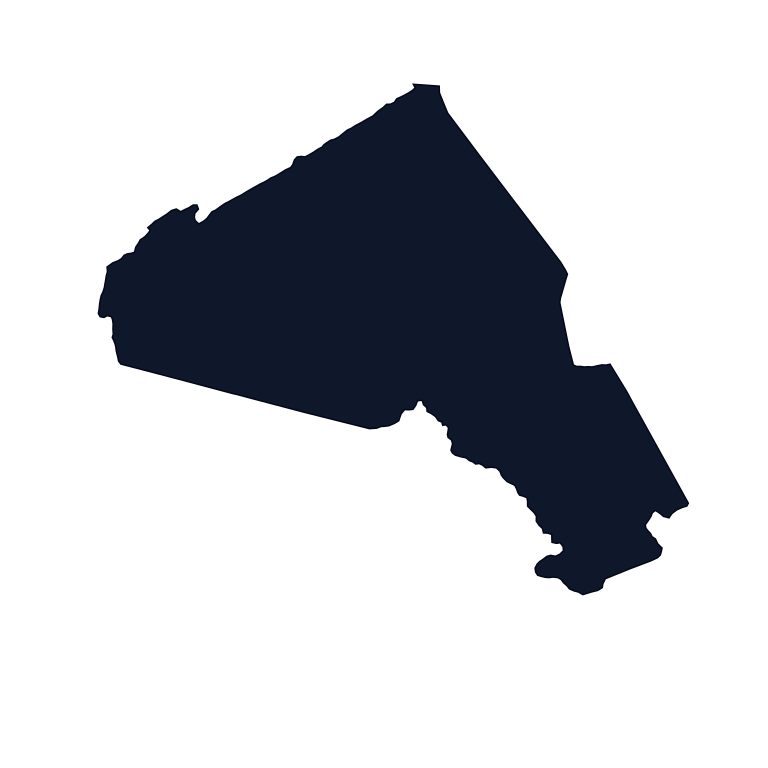 outline of Quijingue, Bahia, Brazil, rotated 69°
{"feature_id": "56859067B85508480609992", "entity_name": "Quijingue", "entity_type": "district", "adm_level": 2, "iso_a3": "BRA", "parent_name": "Brazil", "parent_adm1": "Bahia", "projection": "natural_earth1", "projection_center": [-39.021, -10.812], "detail": "fine", "context": "isolated", "style": "filled", "palette": "ink", "viewbox_px": 768, "rotation_deg": 69, "n_neighbors": 0, "source": "geoboundaries", "source_scale": "gbopen_adm2", "svg_char_len": 3518}
<svg xmlns="http://www.w3.org/2000/svg" viewBox="0 0 768 768"><g transform="rotate(69 384 384)"><path d="M271.1,622.5L304.8,575.5L338.8,528.5L341.4,524.6L349.9,512.9L382.3,467.9L420.5,413.5L422.6,406.7L422.6,402.0L423.7,398.6L424.7,394.4L424.5,388.3L423.6,383.4L420.3,380.7L417.9,378.6L415.3,373.9L417.1,369.7L418.0,365.9L415.3,362.0L411.7,358.8L412.8,354.2L417.5,354.5L421.4,352.5L425.0,353.6L428.6,350.4L433.0,347.5L437.7,346.4L440.3,343.6L443.6,344.0L444.3,340.7L448.0,339.4L450.9,341.1L454.0,342.9L456.9,343.3L460.5,341.0L464.3,341.4L467.3,343.4L469.8,345.2L472.7,344.9L476.0,342.9L479.6,338.1L482.4,333.8L486.3,331.6L488.4,329.0L491.5,327.2L492.4,323.6L495.1,321.0L498.7,319.1L500.1,313.7L502.6,309.1L507.1,307.0L511.0,307.1L514.2,306.3L519.3,304.0L522.5,301.0L525.4,298.2L529.2,297.8L533.3,297.9L536.3,297.3L538.7,294.1L541.3,291.3L544.3,291.8L549.6,293.7L553.9,291.8L558.0,289.9L562.1,289.1L566.6,291.0L571.6,289.8L575.7,287.8L580.2,288.5L581.8,284.7L584.6,281.3L588.2,282.6L592.0,283.9L594.5,280.2L595.4,276.4L600.1,275.1L603.9,276.2L605.9,280.7L606.3,285.6L603.7,289.8L603.3,293.7L604.8,298.8L605.6,302.4L607.0,305.5L610.0,308.9L613.9,309.8L617.6,309.1L619.8,306.3L622.3,302.6L623.9,299.2L624.8,295.4L627.0,291.1L630.0,288.6L633.9,287.6L637.8,285.5L641.7,284.3L645.1,280.9L648.0,276.9L651.9,273.8L652.2,269.2L652.6,263.8L653.3,258.5L652.3,253.2L648.9,251.2L645.1,247.2L644.6,221.0L644.7,198.2L644.2,191.0L642.7,187.4L639.9,185.2L636.7,183.2L633.9,184.6L630.9,185.8L625.9,186.1L622.6,188.5L619.0,188.8L615.6,190.2L612.5,191.2L609.0,190.5L606.4,186.5L603.2,182.1L600.3,179.6L599.3,175.8L603.9,172.6L607.8,170.5L611.1,165.9L608.1,161.6L606.4,155.7L606.1,149.7L606.5,145.1L604.4,142.6L575.6,146.6L562.9,148.4L537.7,151.9L492.0,158.3L477.6,160.2L446.5,165.9L446.0,169.6L444.2,173.9L443.3,179.4L442.7,183.6L441.1,187.0L439.9,190.9L437.9,194.4L436.7,197.8L434.1,200.4L415.3,198.2L370.9,190.7L367.0,188.5L351.4,176.7L347.2,173.4L342.1,173.9L333.3,175.5L322.2,178.8L270.7,193.8L262.0,196.4L202.4,213.7L153.8,227.5L145.4,227.7L131.9,227.9L125.7,225.7L114.7,249.2L118.6,248.7L120.1,252.1L120.9,255.9L121.6,260.7L122.1,265.7L122.3,269.9L124.8,273.4L125.1,277.7L123.8,281.4L125.6,285.7L127.2,292.0L129.8,298.2L130.6,304.6L131.8,311.7L132.5,318.1L133.5,322.6L133.8,327.2L135.3,331.9L137.2,337.6L137.8,342.7L137.3,346.5L138.2,350.9L139.1,354.2L140.7,357.1L141.1,361.3L142.4,366.9L143.2,371.8L143.7,376.3L141.9,379.7L140.9,383.7L142.6,387.2L146.6,390.6L148.5,393.6L148.8,399.0L149.8,404.0L150.5,407.9L151.1,411.6L151.1,415.6L152.0,419.6L152.6,423.5L152.9,427.7L153.4,431.3L154.0,435.5L154.9,441.0L155.4,444.2L156.5,450.0L156.9,454.8L157.5,459.3L158.1,463.4L158.6,468.4L159.8,473.2L161.3,478.7L161.6,482.9L163.9,486.7L165.9,489.8L167.3,493.8L168.2,499.5L163.8,501.7L160.2,501.3L156.7,499.3L154.3,494.6L149.9,494.5L148.5,498.0L149.5,503.0L149.8,507.9L150.3,512.1L146.2,515.2L145.9,520.3L147.6,525.8L148.4,529.7L149.6,535.3L150.1,539.9L151.7,543.4L153.4,548.5L156.8,547.2L158.8,550.3L160.9,554.7L162.0,559.8L164.2,562.3L167.3,566.7L171.6,569.7L171.4,573.3L170.5,576.8L170.7,580.4L172.9,584.2L173.7,588.0L173.7,593.7L175.5,600.6L180.2,602.0L183.5,604.5L186.9,606.4L191.0,608.9L193.9,610.6L197.2,613.2L200.1,616.3L203.7,618.7L207.7,621.0L211.6,622.9L215.8,625.4L219.4,624.9L221.5,621.6L221.0,618.1L223.2,614.5L226.2,614.3L230.4,615.2L235.7,617.4L240.5,618.9L243.2,621.0L246.5,620.7L250.5,620.7L253.4,621.1L256.7,622.0L260.4,622.5L263.9,622.9L267.6,623.6L271.1,622.5Z" fill="#0f172a" stroke="#020617" stroke-width="1.5"/></g></svg>